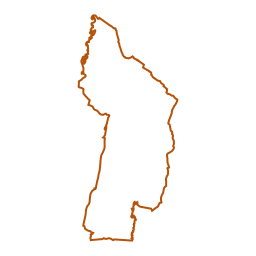 outline of Sopo, Cundinamarca, Colombia
{"feature_id": "7082276B26138055431911", "entity_name": "Sopo", "entity_type": "district", "adm_level": 2, "iso_a3": "COL", "parent_name": "Colombia", "parent_adm1": "Cundinamarca", "projection": "equal_earth", "projection_center": [-73.969, 4.893], "detail": "fine", "context": "isolated", "style": "outline", "palette": "amber", "viewbox_px": 256, "rotation_deg": 0, "n_neighbors": 0, "source": "geoboundaries", "source_scale": "gbopen_adm2", "svg_char_len": 5655}
<svg xmlns="http://www.w3.org/2000/svg" viewBox="0 0 256 256"><path d="M132.1,240.6L132.6,239.3L131.8,238.5L132.6,238.3L132.7,237.3L132.1,236.9L131.7,235.8L131.8,235.4L132.3,235.1L131.6,234.6L131.7,234.0L131.7,233.1L132.0,232.7L132.1,233.4L132.4,233.3L133.4,231.3L133.4,231.0L133.0,230.9L133.0,230.6L133.6,229.8L133.5,228.9L133.8,228.8L133.3,228.0L133.9,227.2L134.1,226.5L134.1,225.4L133.7,224.7L133.9,223.9L134.3,224.0L134.5,223.8L134.5,221.1L135.2,220.0L135.3,219.8L135.8,219.9L135.9,219.6L135.9,219.3L134.7,218.7L134.7,218.4L135.1,217.7L134.8,216.8L134.5,216.5L133.8,216.9L133.6,215.6L133.1,215.7L132.7,217.3L132.5,217.5L131.9,217.5L131.8,217.2L132.1,216.9L132.1,216.7L131.3,216.8L131.2,216.6L131.2,216.2L131.3,216.0L132.1,215.9L132.5,215.5L132.0,214.3L132.3,213.7L132.3,213.0L132.6,212.2L132.6,211.6L132.8,210.8L132.3,210.1L132.5,209.9L133.0,210.2L133.0,209.2L132.8,209.1L132.3,209.3L131.9,208.6L133.1,208.3L133.5,208.6L133.3,206.3L133.5,205.7L134.0,205.3L133.6,204.6L133.6,204.1L133.9,204.0L134.3,204.1L134.5,204.0L134.3,203.3L134.0,203.1L134.2,202.3L134.6,202.0L134.9,202.9L135.8,203.8L136.7,203.1L136.7,202.9L136.3,202.7L136.4,202.4L136.6,202.4L137.0,202.9L137.4,202.5L137.5,203.2L137.3,204.6L137.4,204.8L139.5,206.3L140.7,206.8L151.2,208.7L152.1,210.8L156.0,207.7L157.6,206.8L158.3,205.8L159.0,204.1L159.6,203.0L160.1,202.7L161.0,202.8L161.5,202.4L161.0,200.0L161.0,197.5L162.0,194.8L163.2,192.7L163.8,188.8L164.4,187.4L164.7,187.0L165.5,186.5L166.1,186.0L166.2,181.7L166.0,180.5L166.0,178.8L166.8,176.2L167.7,175.0L168.0,173.5L168.1,170.8L167.5,168.7L167.5,168.1L167.6,167.9L168.7,167.8L169.1,167.2L167.5,162.6L167.4,158.2L167.0,155.8L167.1,154.3L168.0,153.3L169.7,152.5L171.8,151.1L173.1,149.7L173.8,148.4L173.9,147.9L173.8,146.9L173.1,146.2L173.9,143.9L173.9,142.5L173.8,140.6L173.1,139.4L172.7,138.4L172.7,136.9L173.0,136.2L173.0,135.7L172.5,134.7L172.0,134.0L172.3,133.3L172.1,131.8L171.2,131.2L170.7,130.3L169.7,124.7L168.4,123.7L168.3,123.0L169.0,120.4L171.7,113.4L171.8,111.8L172.2,109.9L173.3,108.0L174.0,106.2L175.1,105.0L176.2,103.1L177.2,100.8L177.3,99.6L176.1,98.9L174.3,97.3L173.7,96.2L173.2,95.8L172.8,95.6L171.7,95.6L170.0,94.4L168.2,93.9L167.7,93.9L166.4,92.4L167.0,90.7L166.9,90.1L167.1,89.2L163.6,86.2L163.9,85.3L163.7,85.0L161.0,82.9L160.7,82.5L160.3,81.5L159.9,81.0L158.9,80.9L157.9,80.5L157.5,80.6L155.3,78.7L154.7,78.7L154.3,78.1L152.9,77.3L151.7,75.0L151.3,74.9L151.1,72.5L149.5,71.6L149.6,71.4L143.1,67.6L143.9,64.7L139.5,61.6L138.3,60.9L138.4,60.5L137.9,60.2L137.8,60.6L136.9,60.1L136.4,59.5L134.4,58.6L134.1,58.4L133.7,57.6L133.4,57.6L133.2,57.1L132.6,56.4L130.8,57.5L128.4,58.4L128.2,58.2L126.0,58.0L125.5,57.6L125.0,57.5L124.8,56.9L124.2,56.8L123.7,56.3L122.7,54.8L122.5,53.9L121.5,51.9L120.6,48.7L119.6,46.1L119.1,43.4L118.7,42.4L118.3,42.0L118.3,41.6L118.7,40.5L118.6,39.6L116.8,33.6L116.5,31.0L115.8,30.0L115.5,28.5L115.2,28.3L114.3,28.5L113.9,28.1L113.5,28.0L112.5,27.2L111.9,26.5L110.0,25.5L99.4,17.9L98.9,18.7L98.5,18.9L98.1,18.9L97.2,17.8L96.2,16.3L95.4,15.5L95.0,15.4L93.2,15.4L93.0,15.5L92.4,16.1L92.0,16.6L91.6,17.6L91.6,18.4L92.2,19.3L92.6,19.4L92.9,19.1L92.6,18.0L92.8,17.4L93.1,17.3L94.1,17.5L95.0,19.5L95.1,21.1L94.7,21.7L93.6,22.6L92.0,23.0L91.5,23.4L91.5,24.7L91.8,25.1L92.6,25.2L93.0,25.5L93.1,27.0L92.9,27.4L91.8,27.5L91.6,28.9L90.7,29.4L90.7,30.1L91.6,31.0L91.6,31.4L91.4,31.7L90.5,31.9L90.0,32.3L89.9,32.8L90.0,33.1L91.0,33.9L91.5,34.0L91.8,33.7L93.3,31.1L95.1,30.3L95.3,30.5L95.2,31.3L94.4,33.5L93.4,34.9L92.8,35.3L91.1,36.1L91.1,36.6L91.8,37.4L91.7,38.1L90.6,38.9L89.9,37.5L89.6,37.5L89.4,37.7L89.0,42.0L88.5,42.2L87.9,41.7L87.4,41.7L87.1,42.0L86.9,43.3L86.5,43.4L86.2,43.2L86.0,43.4L86.3,45.3L86.7,45.4L87.5,45.1L87.9,45.5L87.8,46.9L88.1,48.0L88.1,49.0L87.8,49.6L87.4,49.8L87.3,50.2L87.4,50.5L88.0,50.6L88.2,50.9L87.8,52.5L88.2,53.8L88.0,54.1L86.7,54.1L86.2,54.7L85.5,54.7L85.4,55.6L85.2,56.2L85.2,56.9L85.3,57.1L85.7,57.0L87.0,56.0L87.3,56.2L87.5,57.0L86.9,58.2L86.1,59.0L85.7,58.8L84.9,57.3L84.2,56.7L83.3,56.7L83.0,56.9L82.6,57.5L82.5,58.1L82.6,58.7L84.0,59.1L85.4,60.9L85.4,61.5L85.1,62.4L84.2,63.7L83.7,63.7L83.5,63.3L83.4,62.8L83.6,61.8L83.6,61.3L83.5,60.7L82.7,59.5L82.4,59.3L82.0,59.4L81.3,61.1L81.5,62.3L82.6,65.2L82.7,66.1L83.4,67.7L83.5,68.4L83.3,70.5L83.4,72.3L82.8,71.9L82.2,72.0L81.7,72.8L81.7,73.7L81.9,73.9L82.7,73.6L83.4,73.6L85.3,75.0L85.6,75.4L85.6,75.9L85.5,76.4L85.1,76.9L82.8,78.3L81.1,80.0L79.1,81.2L78.9,81.9L78.7,86.9L79.1,87.3L81.7,88.0L83.3,88.9L83.5,89.4L83.3,91.5L83.5,93.7L87.9,98.6L89.7,100.2L88.4,104.9L90.7,105.6L92.0,106.2L92.8,107.0L94.1,109.3L94.7,109.7L96.6,110.4L97.9,111.4L99.3,113.3L100.9,114.5L103.1,114.8L103.5,114.7L104.9,113.8L106.0,113.7L106.7,114.7L108.7,115.0L109.2,115.4L109.3,115.7L109.1,116.3L108.0,118.1L107.5,121.0L107.1,122.1L107.0,124.1L106.8,123.6L106.1,125.3L106.3,125.8L105.9,126.2L105.8,126.7L105.0,127.5L104.7,128.3L104.7,129.3L104.9,129.5L105.4,129.4L105.8,128.0L106.2,127.9L105.1,134.9L104.0,136.7L103.2,137.5L104.8,138.1L104.6,141.0L104.6,147.6L104.2,149.1L103.0,152.1L101.5,154.8L101.1,156.2L100.5,160.5L100.4,163.1L99.8,169.4L99.1,172.8L98.7,173.9L98.1,178.0L97.4,180.2L95.7,188.5L95.3,189.0L94.4,188.5L94.1,189.4L93.7,189.6L93.3,190.2L92.2,190.9L90.9,193.2L90.4,194.5L90.0,196.8L89.7,200.7L89.4,202.8L88.8,204.3L87.4,206.0L86.8,207.3L86.1,209.6L85.5,215.2L83.2,225.7L84.5,226.3L84.9,228.2L85.4,229.1L88.0,230.6L90.2,231.2L91.4,232.3L93.1,232.9L92.4,233.9L91.3,234.1L90.7,234.7L91.0,235.3L91.0,235.9L90.9,236.5L90.5,237.1L90.4,237.8L90.8,240.1L100.6,239.2L102.2,239.2L103.8,238.2L105.3,238.8L106.4,238.9L109.1,238.2L111.2,238.9L113.0,240.1L113.6,240.0L114.2,239.4L132.1,240.6Z" fill="none" stroke="#b45309" stroke-width="2"/></svg>